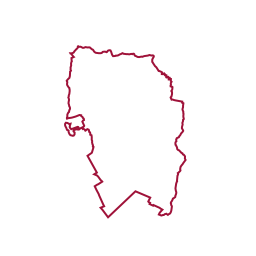 Vartescoiu, Vrancea, Romania (orthographic projection), rotated 63°
{"feature_id": "2599482B9157251051553", "entity_name": "Vartescoiu", "entity_type": "district", "adm_level": 2, "iso_a3": "ROU", "parent_name": "Romania", "parent_adm1": "Vrancea", "projection": "orthographic", "projection_center": [27.052, 45.724], "detail": "fine", "context": "isolated", "style": "outline", "palette": "rose", "viewbox_px": 256, "rotation_deg": 63, "n_neighbors": 0, "source": "geoboundaries", "source_scale": "gbopen_adm2", "svg_char_len": 5678}
<svg xmlns="http://www.w3.org/2000/svg" viewBox="0 0 256 256"><g transform="rotate(63 128 128)"><path d="M189.3,187.9L198.5,186.3L187.8,150.1L200.1,139.8L202.7,143.3L203.4,143.2L204.7,142.3L205.5,143.3L208.6,140.9L208.2,140.3L213.6,136.0L214.4,135.7L216.4,134.4L216.9,135.9L218.0,138.4L219.1,139.8L220.5,138.5L221.0,138.2L221.2,137.8L221.4,136.3L221.7,135.7L221.7,135.2L221.5,134.6L221.5,134.0L221.8,133.0L221.8,132.8L223.5,131.9L223.3,131.2L223.3,130.0L223.2,129.2L222.2,127.8L221.1,126.8L218.0,124.6L217.5,124.4L216.4,124.5L215.7,124.3L215.1,124.0L214.9,124.1L214.4,124.0L214.0,123.7L213.7,123.4L213.2,122.4L212.5,121.4L211.8,120.5L211.3,120.1L211.3,119.4L211.0,117.4L210.8,117.1L209.8,116.5L209.6,116.3L209.2,115.7L208.1,114.7L207.5,114.3L207.0,114.1L205.4,113.8L203.3,113.1L199.4,110.3L198.2,109.1L197.9,108.5L197.1,108.2L193.0,105.6L192.4,104.8L191.6,104.1L190.8,104.1L190.7,103.6L190.4,102.4L190.0,101.1L189.7,100.6L189.4,100.4L188.9,100.4L188.3,100.2L186.5,98.8L185.6,97.2L185.1,95.9L184.2,94.4L182.6,91.2L181.1,91.2L179.2,90.1L178.2,90.2L177.7,90.4L177.2,90.4L176.4,91.1L175.2,91.0L174.4,91.7L172.8,92.1L172.4,92.3L171.3,92.5L170.2,93.4L169.3,93.7L168.7,93.6L168.2,93.3L167.1,93.1L166.4,93.2L165.2,93.0L164.6,93.3L163.3,92.8L162.6,92.4L162.2,92.0L161.8,90.9L160.4,90.5L160.2,90.3L160.0,89.9L159.5,89.6L159.2,89.1L159.3,86.9L159.2,86.7L158.7,86.3L158.4,85.4L157.9,84.4L157.1,83.4L156.8,82.8L156.5,81.8L156.2,81.1L155.6,80.1L154.7,80.0L152.8,80.1L152.3,79.9L151.2,79.1L149.8,77.8L149.4,77.6L148.2,77.3L147.0,76.0L145.7,75.2L145.7,74.9L145.3,74.2L144.9,74.1L144.5,73.9L143.7,73.8L142.5,73.3L140.9,72.3L140.3,72.0L139.8,72.0L138.8,71.4L137.9,71.2L137.5,71.3L136.1,71.0L135.4,70.4L135.2,70.3L134.8,69.8L134.4,69.5L132.9,68.7L131.3,67.5L131.0,67.4L130.5,68.1L130.0,68.3L129.1,67.7L125.0,73.1L124.0,74.3L122.8,75.4L122.6,75.7L122.5,76.3L120.2,76.2L119.9,75.8L119.8,75.1L117.8,73.4L116.7,72.8L115.7,72.4L115.0,72.4L114.9,72.6L114.6,72.5L114.1,71.5L113.9,71.2L112.9,70.5L111.9,69.9L111.7,69.8L111.1,70.1L110.9,70.6L110.4,70.8L110.2,71.1L109.5,70.8L109.0,70.1L108.8,70.1L107.5,69.5L107.0,68.9L106.6,68.2L105.5,68.5L103.8,67.5L103.4,68.0L102.1,68.1L102.0,68.5L102.6,69.1L103.3,69.5L103.2,69.7L101.9,69.2L101.3,69.4L100.5,69.1L100.4,69.2L100.2,69.6L100.6,70.0L100.4,70.8L99.9,70.9L99.2,70.5L98.4,69.9L98.2,70.1L98.2,70.3L97.8,71.0L97.2,70.6L96.9,70.7L96.0,70.9L96.1,71.2L96.3,71.7L96.2,71.9L95.9,72.4L95.5,71.8L95.3,72.1L95.2,72.4L95.2,72.5L95.6,72.7L95.4,73.2L95.3,73.4L94.9,73.2L94.6,72.6L94.2,72.5L93.9,72.4L93.5,72.6L92.8,73.1L92.3,73.5L92.0,73.8L90.9,74.6L90.9,74.8L87.5,75.1L86.7,75.2L85.2,75.8L81.7,76.2L80.7,76.2L80.1,76.4L78.0,75.3L76.9,73.8L76.2,72.7L75.7,72.4L75.3,72.4L75.0,72.5L74.5,73.0L74.3,73.6L74.2,74.0L72.7,75.8L72.5,77.4L71.3,80.9L71.1,82.8L70.7,83.2L70.5,83.8L70.1,84.9L70.0,85.6L69.7,86.2L69.1,87.1L68.5,87.6L67.6,88.2L66.9,88.9L66.3,89.1L65.0,88.9L64.4,89.2L64.1,89.8L64.2,90.6L63.4,91.5L63.1,92.9L62.9,93.5L62.0,94.8L61.4,96.0L59.9,98.2L59.6,98.5L58.9,98.8L58.8,99.3L58.9,100.8L58.7,101.5L58.8,103.8L58.6,104.6L58.3,105.5L58.0,105.8L58.0,106.8L57.3,108.5L57.2,108.7L55.4,108.9L52.3,108.4L50.9,108.4L50.5,108.9L50.2,109.5L50.0,110.5L50.2,111.3L50.7,112.2L50.7,112.7L49.6,113.7L49.2,114.5L48.7,116.0L49.2,117.3L49.0,118.2L48.2,119.9L46.4,122.5L45.9,122.9L44.5,123.5L42.8,123.6L42.2,123.8L41.5,124.4L38.8,125.5L37.8,127.6L36.6,129.2L36.5,130.7L36.4,131.1L36.1,131.8L35.8,132.1L34.7,132.8L33.8,133.7L33.4,135.1L33.2,135.2L32.6,135.2L32.5,135.4L32.6,135.7L33.5,136.2L33.8,136.6L34.0,137.0L34.5,138.8L34.9,139.7L35.3,140.9L35.9,141.8L36.1,142.3L36.1,143.2L35.9,144.2L35.7,144.7L35.3,145.4L35.5,145.4L35.6,145.2L36.0,144.9L37.0,144.8L38.5,144.4L39.3,144.4L40.1,144.1L40.0,146.6L42.0,147.5L43.0,147.7L43.5,148.5L44.9,149.6L46.4,150.2L48.0,151.7L48.5,151.9L50.1,152.8L50.9,152.7L51.1,152.9L51.5,153.7L51.5,154.0L52.9,154.8L55.3,156.2L56.7,157.4L57.1,158.8L58.0,161.1L58.8,161.3L59.5,161.2L61.2,162.4L62.3,162.7L65.1,162.4L65.6,162.1L67.3,162.6L68.6,163.2L71.0,164.8L72.1,166.0L72.9,166.4L73.7,167.3L74.9,167.4L76.2,167.8L77.9,169.1L79.0,169.8L80.8,170.1L82.0,170.5L83.0,170.4L84.1,170.7L84.8,171.2L85.2,171.6L85.3,171.9L85.5,172.3L86.5,172.9L87.0,173.4L87.1,174.2L87.4,174.5L88.1,175.5L88.7,176.1L90.4,176.9L90.8,177.5L91.2,177.8L91.8,178.1L92.0,178.1L92.0,177.2L92.5,175.6L93.1,173.9L93.4,172.7L94.0,169.5L94.4,165.3L95.3,164.1L95.5,164.3L95.9,164.3L97.7,163.5L98.6,163.6L99.5,163.2L100.1,163.3L100.9,163.6L100.9,164.5L101.6,165.8L106.1,166.0L106.3,166.2L106.6,166.6L106.7,167.5L106.7,171.7L104.7,171.9L104.7,172.5L104.1,172.6L103.3,179.1L101.4,179.6L100.7,179.5L100.3,179.3L100.1,179.0L99.8,178.9L99.2,178.5L98.9,178.0L98.1,177.3L97.8,178.6L97.1,178.9L95.9,179.8L95.1,181.0L95.8,182.2L97.0,182.8L98.3,183.0L99.6,182.9L101.9,183.2L102.7,182.4L103.3,182.1L103.7,182.4L105.0,182.8L106.7,182.9L108.2,182.6L109.9,180.7L110.1,179.8L109.5,178.6L108.3,177.9L107.7,177.6L106.6,178.0L105.9,178.0L105.6,177.7L105.4,177.3L105.5,175.5L105.8,174.4L106.8,173.1L107.1,172.2L106.8,171.5L106.8,171.0L106.9,168.8L108.2,168.7L108.1,168.3L109.8,167.3L111.0,167.2L111.0,166.8L110.6,165.3L110.6,164.9L110.7,164.5L111.7,164.0L111.8,163.8L112.2,163.8L113.7,164.3L114.2,164.3L114.7,163.8L116.4,164.3L116.8,164.7L117.1,164.5L117.9,163.8L119.6,164.4L122.1,165.7L123.3,165.8L124.6,166.6L125.7,166.8L126.0,167.0L127.2,167.0L127.8,167.2L128.2,167.6L128.7,167.7L128.8,167.5L129.1,167.3L129.6,167.6L133.5,171.3L133.7,171.7L134.4,176.7L153.6,176.0L153.9,179.1L156.2,177.2L157.6,176.7L162.0,176.0L163.5,175.4L164.1,175.3L164.6,180.1L164.5,181.1L164.8,184.1L169.1,184.2L173.5,184.1L174.9,184.3L185.0,184.8L186.9,184.8L186.6,188.6L189.3,187.9Z" fill="none" stroke="#9f1239" stroke-width="2"/></g></svg>